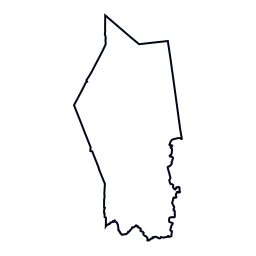 Los Aldamas, Nuevo León, Mexico
{"feature_id": "50627088B11000044177611", "entity_name": "Los Aldamas", "entity_type": "district", "adm_level": 2, "iso_a3": "MEX", "parent_name": "Mexico", "parent_adm1": "Nuevo León", "projection": "robinson", "projection_center": [-99.238, 26.097], "detail": "fine", "context": "isolated", "style": "outline", "palette": "ink", "viewbox_px": 256, "rotation_deg": 0, "n_neighbors": 0, "source": "geoboundaries", "source_scale": "gbopen_adm2", "svg_char_len": 5882}
<svg xmlns="http://www.w3.org/2000/svg" viewBox="0 0 256 256"><path d="M81.4,123.8L85.2,133.8L85.3,133.9L90.0,145.7L90.3,146.4L90.3,146.6L90.6,147.3L90.7,148.0L90.4,148.8L90.4,151.1L92.2,151.3L98.0,166.0L98.6,167.5L98.6,167.8L98.8,168.3L99.0,169.3L103.3,180.0L104.9,183.7L104.3,194.1L104.6,195.8L104.4,197.9L104.4,198.3L104.3,198.8L104.1,199.5L104.1,207.6L104.8,207.9L104.6,208.3L104.6,209.0L104.4,209.2L104.1,210.1L104.1,213.2L104.6,213.5L104.6,217.0L105.0,217.2L105.2,217.4L105.9,217.6L105.9,223.0L105.8,226.3L106.2,225.7L106.8,225.1L107.1,225.1L107.5,224.8L108.3,224.5L108.6,224.0L109.3,224.0L109.6,223.8L109.9,223.7L110.2,223.3L110.2,222.9L110.4,222.6L110.9,222.7L111.1,222.6L111.3,222.4L111.8,222.2L112.3,221.8L112.7,221.6L112.8,221.3L113.2,221.4L113.5,221.9L114.0,221.6L114.0,221.2L114.4,220.5L114.5,220.4L114.8,220.4L115.2,221.0L115.3,221.6L115.5,221.8L116.2,222.2L116.6,222.3L116.9,222.6L117.0,222.7L117.1,223.2L117.4,224.0L117.5,224.2L117.8,224.5L117.9,225.0L117.9,225.4L118.0,226.0L118.2,227.0L118.2,227.6L118.4,228.3L118.3,228.9L118.4,229.4L118.4,230.2L118.6,230.4L119.0,230.4L119.1,230.6L119.4,231.7L119.6,231.9L120.1,232.1L120.3,232.5L120.3,233.0L120.5,233.3L121.1,233.8L121.4,234.0L121.5,234.4L121.8,234.5L122.2,234.8L122.4,234.8L122.6,234.7L123.0,234.6L123.8,234.6L124.0,234.5L124.4,234.2L125.0,234.1L125.7,234.2L126.0,234.2L126.4,234.1L127.1,233.3L127.4,233.1L128.2,232.6L128.1,232.0L128.3,231.9L128.4,231.6L129.0,231.7L129.6,231.2L130.4,230.0L130.5,229.8L130.6,229.7L130.9,229.5L131.1,229.4L131.5,229.0L131.8,228.4L131.9,227.9L132.0,227.5L132.4,227.3L132.7,227.3L133.1,227.4L133.4,227.4L134.7,226.7L135.4,225.8L135.6,225.6L136.0,225.4L136.4,225.4L136.7,225.6L137.0,226.1L137.0,226.4L137.4,226.5L137.8,226.3L138.2,226.7L138.2,226.8L138.3,227.5L138.6,227.7L139.2,227.7L140.0,228.2L140.6,228.6L140.8,229.0L140.8,229.3L140.8,229.5L140.5,230.1L140.4,230.6L140.7,231.1L141.1,231.3L141.5,231.3L142.6,231.7L142.9,231.9L143.6,232.6L143.7,232.8L143.3,233.7L143.2,234.1L143.2,234.3L143.9,235.1L144.7,235.6L145.0,236.0L145.5,236.2L146.0,236.3L146.5,236.7L146.8,237.4L147.3,237.9L147.6,238.5L147.6,239.3L147.5,239.5L147.3,239.8L147.3,240.0L147.4,240.4L147.8,240.6L148.0,240.6L148.6,240.3L149.0,240.3L149.3,240.1L149.5,239.9L150.0,239.7L150.5,239.1L150.9,238.8L151.4,238.7L151.9,238.3L152.5,238.4L152.9,238.1L153.0,237.8L152.7,237.5L152.7,237.4L152.7,237.2L153.0,237.1L153.6,237.3L154.0,237.4L154.6,236.9L155.1,236.7L155.3,236.7L155.6,236.8L156.2,236.8L156.7,237.3L157.2,237.2L157.4,237.3L157.9,237.8L158.3,238.1L159.5,238.4L159.9,238.3L160.3,238.2L160.5,238.0L160.6,237.8L160.7,237.2L160.8,237.1L161.0,237.0L161.4,237.3L162.6,237.3L163.2,237.6L163.5,237.6L164.0,237.5L164.5,237.3L165.3,237.1L166.8,237.1L167.0,237.0L167.3,236.8L167.8,236.2L168.0,236.0L168.4,236.0L168.5,236.2L168.7,236.8L168.8,236.9L169.0,236.9L170.8,236.5L171.3,236.1L171.5,235.7L171.4,235.0L171.4,234.6L171.8,232.6L171.9,231.5L171.9,231.2L171.6,231.1L170.7,230.7L170.4,230.5L170.3,230.1L170.4,229.6L170.4,229.2L171.2,227.1L171.1,226.5L171.1,226.3L171.6,225.4L172.7,223.9L172.8,223.4L172.7,223.2L171.3,222.5L170.8,222.3L170.0,222.3L169.7,222.2L169.4,222.0L169.2,221.3L169.1,220.6L169.0,219.7L169.1,219.1L169.4,218.0L169.5,217.8L169.8,217.6L171.0,217.5L171.4,217.1L171.8,217.1L172.8,217.1L173.7,217.4L174.2,217.3L174.5,217.2L174.7,216.9L174.8,216.3L174.9,215.8L174.9,215.5L174.7,213.5L174.8,212.8L174.6,210.9L174.5,210.6L173.7,210.3L173.5,210.1L173.5,209.9L173.7,208.9L173.7,208.7L173.9,208.4L174.2,207.4L174.2,207.2L174.1,206.9L174.0,206.5L173.7,206.2L173.4,205.6L173.0,205.0L172.3,203.3L172.2,203.1L172.1,202.5L172.5,201.9L172.6,201.1L173.1,199.8L173.2,198.4L173.4,197.8L173.6,197.6L174.2,197.8L175.1,197.8L175.9,197.4L176.3,197.4L176.4,197.2L176.4,196.8L176.4,196.5L176.2,196.3L175.9,196.1L175.8,195.9L175.8,195.6L176.0,194.9L175.9,194.6L175.9,194.2L176.3,193.5L176.6,193.3L176.8,193.0L176.9,192.7L176.8,192.2L177.3,191.9L177.6,191.8L178.4,192.0L178.8,192.5L179.1,192.5L179.4,192.5L179.8,192.3L180.0,192.1L180.0,191.9L179.7,191.4L179.6,191.1L179.5,189.9L179.6,189.4L179.5,189.0L179.5,188.5L179.6,188.0L179.6,187.8L179.5,187.6L179.3,187.6L178.9,187.1L178.5,186.9L177.9,187.0L177.7,187.2L176.9,187.2L176.6,187.3L176.4,187.4L176.1,187.7L176.1,187.9L176.2,188.4L175.9,188.6L175.3,189.4L175.0,189.5L174.7,189.4L173.8,188.4L173.4,187.9L173.3,187.7L173.1,187.2L173.0,186.2L173.3,185.6L173.3,185.3L173.3,185.2L172.6,184.6L171.7,184.1L171.4,184.0L170.6,184.0L170.4,183.9L169.8,182.4L169.5,181.2L169.3,180.5L169.3,180.2L169.5,179.7L169.9,179.3L170.4,178.3L170.4,177.8L170.2,176.6L169.8,175.5L169.5,174.3L169.3,173.6L169.2,172.5L168.5,171.1L168.4,170.2L167.7,167.7L167.7,167.1L167.9,166.8L168.3,166.5L169.3,166.4L169.6,166.3L169.8,166.2L170.0,166.0L170.4,165.4L170.9,165.0L171.6,164.2L171.8,163.2L171.7,163.0L171.5,162.6L171.5,162.2L171.6,161.9L172.0,161.5L172.2,161.1L172.3,160.1L172.4,159.7L172.6,159.2L172.9,158.8L173.0,158.2L173.0,157.9L172.8,157.5L172.3,157.0L171.9,156.8L171.6,156.7L170.8,156.7L170.2,156.6L170.0,156.4L169.8,156.0L169.7,155.8L169.8,155.7L170.4,155.0L171.1,154.6L171.3,154.2L171.7,153.3L171.9,151.4L171.9,150.5L172.1,149.5L172.0,149.0L171.9,148.6L171.7,148.5L170.9,148.0L170.7,147.6L170.8,147.1L171.0,146.7L171.6,146.5L172.0,146.3L172.1,146.1L172.2,145.6L171.6,145.2L170.3,145.4L169.8,145.3L169.5,145.0L169.4,144.6L169.6,144.1L170.1,143.1L170.3,142.4L171.0,140.9L171.8,140.0L172.3,139.6L177.5,138.2L178.3,138.1L179.1,138.1L179.9,138.1L180.5,138.4L181.1,138.7L181.4,139.1L181.8,139.3L182.0,139.6L180.2,129.4L174.1,84.7L170.4,58.2L167.8,41.0L139.1,44.2L130.9,37.4L105.2,15.4L105.1,28.9L105.2,31.5L105.0,33.0L104.8,34.3L104.8,34.5L105.2,35.2L105.4,35.7L105.5,36.7L105.7,37.6L105.6,37.9L105.6,38.2L105.8,38.5L105.7,38.7L105.5,38.9L105.5,39.1L105.7,44.2L103.0,50.1L91.2,72.7L87.6,78.5L86.4,80.2L87.1,81.7L86.1,82.0L81.9,90.4L74.0,105.2L81.4,123.8Z" fill="none" stroke="#020617" stroke-width="2"/></svg>